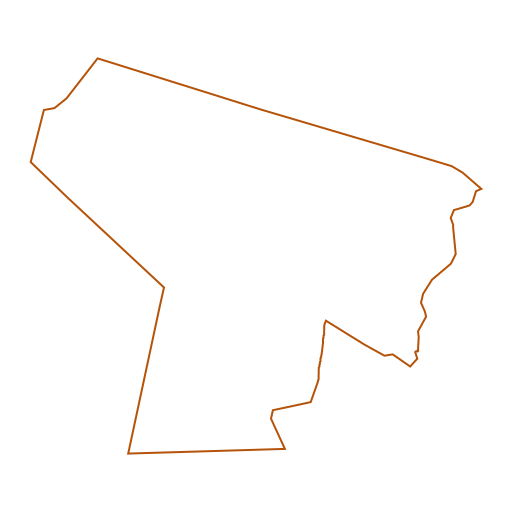 the district of Epworth, Harare, Zimbabwe
{"feature_id": "62879985B25596949610081", "entity_name": "Epworth", "entity_type": "district", "adm_level": 2, "iso_a3": "ZWE", "parent_name": "Zimbabwe", "parent_adm1": "Harare", "projection": "natural_earth1", "projection_center": [31.174, -17.897], "detail": "fine", "context": "isolated", "style": "outline", "palette": "amber", "viewbox_px": 512, "rotation_deg": 0, "n_neighbors": 0, "source": "geoboundaries", "source_scale": "gbopen_adm2", "svg_char_len": 1269}
<svg xmlns="http://www.w3.org/2000/svg" viewBox="0 0 512 512"><path d="M418.7,336.8L418.0,331.4L426.1,316.6L424.9,311.6L421.0,302.7L423.1,293.8L432.0,279.7L450.9,263.7L455.7,254.1L453.1,227.2L453.1,225.4L453.1,224.6L450.7,218.0L452.9,212.6L453.9,210.1L469.5,205.5L472.7,201.9L476.0,191.2L481.3,188.9L462.7,172.7L451.8,166.2L432.4,160.3L263.1,110.2L244.4,104.4L227.0,98.9L97.6,58.4L66.6,98.3L54.5,108.1L43.9,110.0L30.7,162.1L69.3,199.3L69.6,199.5L164.0,287.5L162.3,295.0L159.4,308.0L128.2,453.6L133.7,453.4L205.0,451.3L284.9,448.9L271.0,418.7L272.9,410.2L307.1,402.9L310.7,402.1L317.9,381.7L317.9,380.9L318.5,379.7L318.5,379.0L318.6,378.4L318.6,377.1L318.6,376.5L318.6,375.8L318.6,374.6L318.7,373.9L318.7,373.3L318.7,372.6L318.7,372.0L318.7,370.1L318.8,368.8L318.8,368.2L318.8,367.5L319.4,366.9L319.4,365.6L319.4,364.6L319.9,364.0L319.9,363.8L319.9,362.1L320.5,361.4L320.5,358.2L321.1,357.5L321.2,355.6L321.7,354.3L321.7,353.6L322.7,345.6L323.0,343.2L323.0,338.6L323.4,338.2L323.5,337.5L323.5,336.3L323.5,335.6L324.1,335.0L324.1,333.7L324.3,325.0L325.9,320.7L364.6,344.7L384.5,355.7L392.7,354.4L410.2,366.5L417.3,358.7L415.2,352.1L415.8,351.4L417.5,351.4L417.5,350.8L418.1,350.8L418.1,348.5L418.1,348.2L418.7,336.8Z" fill="none" stroke="#b45309" stroke-width="2"/></svg>